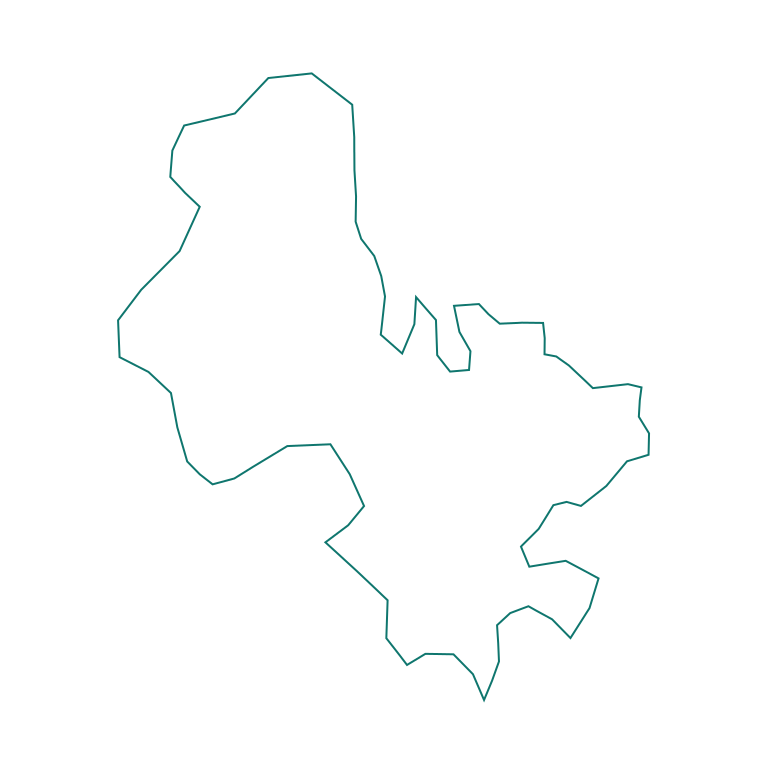 outline of Xocavənd, rotated 281°
{"feature_id": "AZE-1734", "entity_name": "Xocavənd", "entity_type": "District", "adm_level": 1, "iso_a3": "AZE", "parent_name": "Azerbaijan", "parent_adm1": "", "projection": "orthographic", "projection_center": [46.968, 39.63], "detail": "fine", "context": "isolated", "style": "outline", "palette": "teal", "viewbox_px": 768, "rotation_deg": 281, "n_neighbors": 0, "source": "natural_earth", "source_scale": "10m", "svg_char_len": 1617}
<svg xmlns="http://www.w3.org/2000/svg" viewBox="0 0 768 768"><g transform="rotate(281 384 384)"><path d="M260.4,387.7L288.9,367.6L314.6,342.9L304.6,300.9L277.6,271.1L262.7,255.1L252.8,234.9L260.2,220.4L270.4,205.6L302.0,189.4L334.5,176.6L350.9,150.5L359.9,119.3L395.8,110.8L430.2,127.7L475.5,158.0L522.8,169.3L533.7,152.2L538.3,146.0L543.3,139.0L543.4,138.9L546.5,134.7L551.5,134.1L572.8,131.7L587.1,135.3L599.6,138.5L606.9,154.7L621.1,186.0L651.6,205.3L662.3,212.1L675.1,253.8L652.1,299.5L620.6,307.7L605.9,310.6L605.6,310.7L588.2,314.2L562.7,320.8L537.9,325.2L522.1,333.9L507.8,350.0L489.4,360.7L470.1,368.3L437.5,371.0L431.8,371.4L417.4,396.0L448.5,402.4L475.4,398.9L466.9,409.7L456.7,422.8L422.5,430.7L420.1,433.4L408.8,446.5L414.0,464.8L432.7,462.6L449.5,448.1L474.1,437.8L480.6,461.9L472.4,473.3L465.3,486.1L469.5,503.7L470.5,507.7L474.3,528.5L459.7,533.0L450.4,534.7L443.8,535.9L443.9,547.9L441.7,552.6L437.5,561.9L424.7,582.2L419.8,589.8L427.0,612.7L430.4,623.5L429.8,637.4L416.9,638.2L400.5,640.4L386.1,653.6L365.0,657.2L354.5,637.3L326.3,621.7L301.9,600.6L303.1,585.7L297.4,573.4L284.4,568.5L271.3,563.5L252.1,550.5L250.5,549.5L232.4,561.5L238.5,578.0L245.1,596.1L244.0,599.7L239.9,613.1L234.1,631.7L203.2,628.5L198.2,626.5L195.1,625.3L170.2,615.5L185.1,593.9L190.6,576.6L193.4,568.2L189.0,561.0L183.2,551.6L168.8,541.0L151.2,545.6L133.6,549.8L113.4,546.7L92.9,542.5L116.1,526.7L131.9,503.8L131.4,500.8L129.1,487.8L127.0,476.1L112.6,460.2L121.0,450.8L134.9,434.8L172.4,428.8L176.6,422.2L179.9,417.1L195.2,393.0L217.4,356.7L238.5,375.8L260.4,387.7Z" fill="none" stroke="#0f766e" stroke-width="2"/></g></svg>